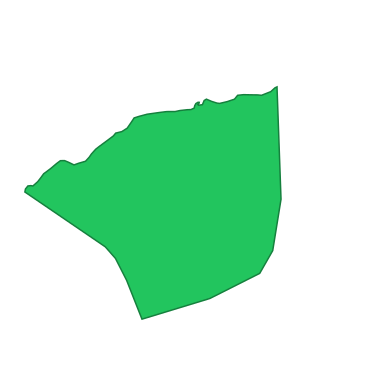 the district of Dahab, Janub Sina', Egypt, rotated 232°
{"feature_id": "37247803B99399074441335", "entity_name": "Dahab", "entity_type": "district", "adm_level": 2, "iso_a3": "EGY", "parent_name": "Egypt", "parent_adm1": "Janub Sina'", "projection": "albers", "projection_center": [34.572, 28.733], "detail": "fine", "context": "isolated", "style": "filled", "palette": "green", "viewbox_px": 384, "rotation_deg": 232, "n_neighbors": 0, "source": "geoboundaries", "source_scale": "gbopen_adm2", "svg_char_len": 1019}
<svg xmlns="http://www.w3.org/2000/svg" viewBox="0 0 384 384"><g transform="rotate(232 192 192)"><path d="M222.5,323.7L222.8,322.4L223.0,321.6L222.6,315.8L225.4,306.3L228.0,303.6L232.1,298.5L237.0,292.5L240.1,287.5L239.0,282.6L240.7,277.8L241.5,275.5L244.8,268.3L246.7,266.4L251.4,263.2L256.3,260.5L256.6,257.9L254.4,254.0L256.3,250.6L257.3,250.4L257.5,252.0L258.2,252.9L259.0,252.0L259.3,249.5L258.3,247.2L256.8,245.4L257.6,241.9L259.7,239.0L263.6,232.7L265.8,228.2L271.0,221.5L275.0,214.8L281.0,204.4L281.1,204.1L284.1,197.1L286.0,192.0L284.6,187.9L282.6,181.5L282.2,180.4L282.8,173.9L285.4,168.1L284.6,164.7L284.7,158.9L285.0,147.4L285.0,142.5L283.9,136.2L282.7,132.4L281.8,127.0L284.4,120.5L286.0,115.7L291.3,113.1L295.2,110.9L297.7,107.6L297.8,102.8L297.5,94.8L297.7,86.4L296.3,81.5L295.1,76.7L294.7,70.3L296.2,69.0L297.8,66.4L296.9,62.6L294.9,60.3L202.2,89.9L186.8,90.8L162.6,86.1L122.6,74.3L97.1,140.5L86.2,195.3L96.1,219.5L131.5,257.7L222.5,323.7Z" fill="#22c55e" stroke="#15803d" stroke-width="1.5"/></g></svg>